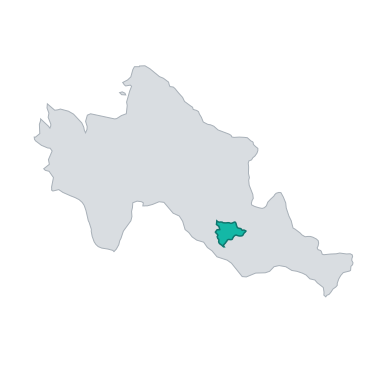 location of Hochon, Hamgyŏng-namdo, North Korea, rotated 75°
{"feature_id": "82179303B14875494019042", "entity_name": "Hochon", "entity_type": "district", "adm_level": 2, "iso_a3": "PRK", "parent_name": "North Korea", "parent_adm1": "Hamgyŏng-namdo", "projection": "robinson", "projection_center": [128.612, 40.869], "detail": "fine", "context": "in_parent", "style": "filled", "palette": "teal", "viewbox_px": 384, "rotation_deg": 75, "n_neighbors": 0, "source": "geoboundaries", "source_scale": "gbopen_adm2", "svg_char_len": 4798}
<svg xmlns="http://www.w3.org/2000/svg" viewBox="0 0 384 384"><g transform="rotate(75 192 192)"><path d="M229.4,282.8L227.9,283.6L225.3,288.1L222.8,293.7L220.5,296.7L217.8,298.4L214.8,299.4L209.0,299.9L203.8,299.5L202.1,298.9L194.9,299.2L192.9,299.6L182.5,299.2L177.1,299.6L173.7,300.7L170.2,303.0L167.1,306.4L164.4,310.1L159.0,316.8L155.2,320.1L155.1,324.8L155.0,326.2L153.7,327.2L153.2,326.8L151.0,326.4L142.2,322.1L135.0,324.7L133.1,328.1L131.2,329.2L128.3,322.6L123.6,322.3L116.2,316.5L113.0,317.7L112.1,320.0L107.9,325.4L102.1,329.9L100.3,330.5L98.1,330.2L98.5,329.0L96.2,323.9L87.1,321.9L83.9,319.8L82.2,319.3L91.2,313.7L93.5,312.7L91.8,311.4L89.9,310.8L82.6,311.6L78.8,309.8L73.3,310.3L69.4,308.9L77.5,303.4L77.9,300.1L77.8,297.7L82.0,290.4L86.1,286.3L96.7,280.6L101.2,279.8L104.6,280.0L107.3,279.5L104.5,277.3L101.7,276.3L96.2,276.5L90.7,273.2L90.2,269.7L101.4,247.8L101.6,245.8L99.9,240.4L99.4,235.2L91.7,232.2L88.2,231.9L78.3,226.0L74.3,223.0L72.8,223.9L72.4,228.6L71.0,229.6L68.3,230.6L67.1,225.2L65.0,221.3L58.4,217.4L56.1,215.2L57.3,210.5L56.7,210.1L57.9,204.8L62.0,200.8L72.1,193.6L74.7,190.2L79.8,186.2L82.1,186.3L84.5,186.0L85.2,184.2L85.8,182.9L87.8,181.6L92.7,179.4L98.2,176.6L102.6,175.8L108.1,171.4L110.3,169.5L112.5,169.5L113.1,168.6L114.4,166.4L116.1,164.9L118.5,164.7L122.4,163.6L127.3,163.0L130.7,159.3L131.9,156.7L134.1,153.9L138.8,150.8L142.1,146.2L145.7,141.2L147.4,139.6L149.1,139.3L150.1,137.4L151.2,132.1L152.9,126.9L153.9,124.5L158.0,121.8L159.1,120.5L160.0,120.1L161.9,120.4L164.5,118.9L166.9,117.1L169.1,117.7L171.3,119.2L173.6,122.0L174.6,124.3L176.4,126.2L176.7,129.0L178.6,130.2L182.4,130.8L188.8,132.7L192.9,132.8L195.3,134.2L200.2,135.0L210.1,133.9L214.1,134.5L215.8,136.2L218.3,137.6L219.9,137.7L222.1,135.3L224.5,131.5L226.0,128.5L225.9,126.2L224.6,123.7L221.4,121.4L219.2,117.8L217.2,114.0L216.0,112.8L215.0,111.0L214.9,108.2L215.6,106.3L220.5,105.1L226.8,104.3L231.8,105.1L240.3,104.6L245.5,103.6L249.4,103.7L253.0,103.7L254.5,102.1L259.5,98.2L261.9,96.9L264.5,94.3L264.9,91.5L265.5,89.3L266.9,87.0L269.5,84.1L271.7,82.7L274.2,82.9L276.8,84.2L278.4,85.6L280.3,85.2L281.8,82.9L282.9,82.5L285.8,82.3L286.7,80.9L287.8,74.1L289.0,68.8L289.2,65.1L291.8,58.9L292.6,55.2L294.2,53.5L296.0,53.6L297.5,54.7L299.4,55.4L302.0,54.8L303.8,55.7L304.9,57.7L308.7,59.1L309.1,60.1L309.0,66.7L311.1,69.9L313.9,72.7L317.7,75.3L319.8,75.9L321.0,77.7L322.2,80.9L324.9,84.0L326.4,86.2L326.7,88.6L327.9,89.9L325.8,91.3L322.9,90.4L318.2,89.9L312.1,94.5L308.8,96.1L306.4,100.6L301.7,103.3L299.1,106.2L295.8,111.1L293.6,115.9L288.5,120.7L285.6,126.9L285.4,132.1L288.7,137.5L289.0,142.1L286.8,151.5L288.1,161.5L286.7,165.4L271.0,172.3L266.9,175.7L261.1,184.6L254.0,187.9L249.6,191.5L243.5,193.7L239.7,199.9L235.4,203.5L230.3,205.6L226.5,208.4L217.9,208.6L211.9,210.5L207.6,215.7L194.7,221.8L192.9,226.3L193.8,233.3L193.8,238.7L192.7,243.1L189.9,241.8L188.3,243.3L186.6,247.4L187.1,252.0L191.5,253.5L195.1,255.4L200.2,256.4L204.0,258.5L212.0,268.4L218.5,272.7L220.2,274.3L224.0,276.4L227.5,279.8L229.4,282.8ZM79.8,234.7L77.3,236.2L77.2,233.5L79.2,231.2L81.1,230.9L79.8,234.7Z" fill="#d9dde1" stroke="#a8b0b8" stroke-width="1"/><path d="M232.1,159.1L232.1,159.3L232.3,160.4L232.4,161.1L232.4,162.1L232.3,162.7L231.3,164.1L231.2,164.4L230.9,165.4L230.9,165.6L230.8,166.2L230.5,167.8L230.2,168.6L229.9,169.5L229.7,170.0L229.4,170.2L228.9,170.7L228.8,171.0L228.4,172.1L228.3,172.4L228.2,173.6L228.0,173.9L227.8,174.2L227.6,174.4L227.0,175.0L226.3,175.5L226.6,175.6L227.4,175.9L228.5,176.3L229.6,176.8L230.2,176.5L230.8,175.9L231.6,175.4L232.2,174.9L232.9,174.9L233.7,174.9L235.5,174.9L235.5,175.5L235.2,176.4L234.9,177.4L235.5,178.3L236.2,179.0L236.7,179.7L236.8,179.6L238.4,179.2L239.2,178.5L240.1,178.2L240.7,178.3L241.2,178.9L241.6,179.2L242.7,179.2L243.6,179.1L244.6,178.5L245.4,178.5L246.2,178.8L246.8,179.1L247.2,179.1L248.1,179.1L249.5,178.4L250.3,177.7L251.0,177.1L251.6,176.7L252.0,176.5L252.6,176.1L253.2,175.6L253.3,175.1L252.6,175.4L252.2,175.3L251.8,175.3L251.1,175.0L250.7,174.2L249.9,172.9L249.1,172.0L248.5,171.1L247.7,170.5L247.4,169.8L247.3,169.1L247.6,168.0L247.9,167.5L248.1,166.6L248.2,165.9L248.0,165.3L247.4,164.8L247.0,164.6L246.6,164.0L245.9,163.4L245.4,162.4L245.1,161.9L245.0,161.0L245.1,160.3L245.7,159.6L246.0,159.0L246.6,158.0L247.0,156.8L247.2,155.7L247.2,154.8L246.9,154.2L246.7,153.8L246.0,153.2L245.4,152.6L244.9,151.9L244.5,151.0L244.1,150.6L243.7,150.0L243.4,150.2L242.8,150.9L242.2,151.7L242.1,152.2L242.1,152.5L242.1,153.0L242.1,153.3L241.8,153.5L240.4,154.1L240.1,154.3L239.9,154.5L239.2,156.0L239.1,156.3L238.7,156.8L238.1,157.3L237.9,157.4L237.5,157.5L236.7,157.6L235.8,157.7L234.6,157.6L233.4,157.7L232.5,157.9L232.2,158.0L232.3,158.0L232.1,158.3L232.1,158.6L232.1,159.0L232.1,159.1Z" fill="#14b8a6" stroke="#0f766e" stroke-width="1.5"/></g></svg>